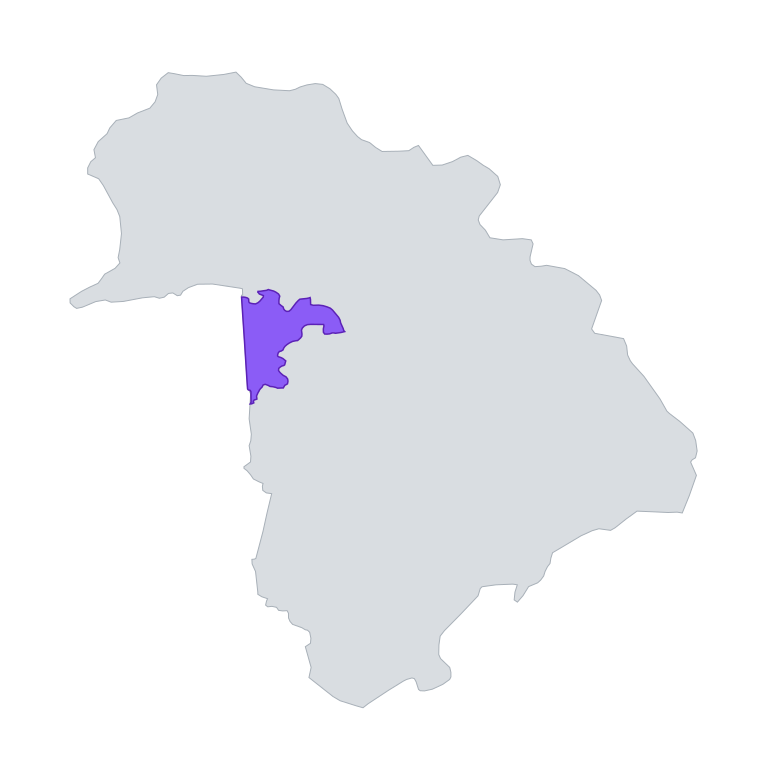 Sissili highlighted on a map of Burkina Faso, rotated 87°
{"feature_id": "BFA-2820", "entity_name": "Sissili", "entity_type": "Province", "adm_level": 1, "iso_a3": "BFA", "parent_name": "Burkina Faso", "parent_adm1": "", "projection": "equal_earth", "projection_center": [-2.182, 11.448], "detail": "fine", "context": "in_parent", "style": "filled", "palette": "violet", "viewbox_px": 768, "rotation_deg": 87, "n_neighbors": 0, "source": "natural_earth", "source_scale": "10m", "svg_char_len": 4972}
<svg xmlns="http://www.w3.org/2000/svg" viewBox="0 0 768 768"><g transform="rotate(87 384 384)"><path d="M585.5,520.9L564.5,522.1L556.8,525.1L552.2,525.1L552.1,522.6L551.5,521.1L525.0,512.6L506.5,507.5L487.6,501.9L486.6,507.2L483.9,510.6L479.8,510.8L477.0,510.0L475.1,514.0L472.0,519.4L467.7,522.0L463.4,525.3L461.0,528.2L459.3,528.2L454.9,521.4L449.2,520.7L438.5,521.9L433.7,520.0L427.2,519.1L411.7,520.5L386.9,517.7L382.8,519.2L381.8,520.5L357.2,520.8L330.2,521.1L307.7,521.4L287.9,521.7L287.9,520.5L281.5,520.4L280.8,522.7L275.2,550.0L274.6,564.9L277.5,574.2L280.9,580.0L284.6,582.5L285.0,585.8L282.0,590.1L282.3,594.5L285.8,599.0L286.6,603.8L284.8,608.8L285.3,620.8L287.9,639.9L288.0,652.2L285.5,657.9L286.6,667.5L291.5,681.2L292.4,687.0L290.6,689.6L286.6,693.2L282.5,693.1L277.7,684.8L275.6,681.1L271.8,672.7L268.5,664.3L264.1,660.6L259.7,657.2L254.4,646.5L249.3,641.4L243.9,642.9L236.0,640.9L220.1,638.3L203.0,639.1L195.9,641.5L188.9,645.4L171.1,653.9L164.1,658.2L158.8,668.9L152.7,668.6L146.7,665.2L142.9,660.3L134.8,661.4L127.0,656.7L119.5,647.4L113.9,644.4L106.8,637.6L104.9,624.8L100.4,615.9L96.3,603.4L90.2,597.8L83.1,594.8L73.3,595.5L66.9,590.5L61.8,583.2L63.2,576.9L65.5,567.9L65.8,559.3L67.4,545.3L66.5,527.8L64.8,515.5L70.2,510.5L76.5,505.9L80.4,497.6L84.5,479.0L86.2,462.9L85.0,457.0L83.0,452.3L81.3,445.3L80.4,436.9L81.6,429.5L86.3,422.6L92.3,416.9L96.5,414.2L107.6,411.4L121.6,407.1L129.6,402.3L135.5,397.5L138.8,393.7L142.1,385.8L147.5,379.8L151.7,373.7L152.3,356.7L152.3,347.0L149.2,341.7L147.6,337.1L168.2,323.8L168.4,314.4L165.5,304.0L161.5,295.5L160.1,288.3L165.8,279.7L170.9,273.3L174.5,267.8L182.7,259.5L191.1,257.4L198.7,260.5L221.2,280.1L225.1,281.3L229.8,279.8L235.7,274.7L243.5,270.6L246.3,257.5L246.1,238.2L247.8,229.4L251.9,227.8L264.8,231.5L268.2,231.7L272.0,230.5L274.7,227.1L274.6,220.9L274.0,215.4L278.2,197.5L286.0,184.1L301.5,167.4L306.4,164.0L312.0,162.3L339.9,173.8L344.4,170.9L351.2,142.4L358.8,139.7L367.8,139.2L373.7,136.8L376.8,134.8L390.0,124.0L413.3,109.2L425.9,102.9L428.4,100.5L437.3,90.1L449.2,78.1L456.8,75.7L467.3,74.8L474.0,76.8L475.8,80.2L478.0,81.9L491.6,76.8L511.3,84.9L528.4,92.9L527.3,98.0L527.2,106.9L525.8,121.0L524.2,138.0L531.3,149.0L539.7,160.8L542.0,165.4L539.8,177.0L541.4,183.8L545.9,195.2L553.5,209.6L561.3,224.5L566.7,226.5L571.9,227.6L575.0,230.3L579.5,232.9L584.1,234.6L588.0,237.8L590.6,241.0L593.9,250.2L602.7,256.3L608.8,262.2L606.4,265.3L598.7,264.1L591.5,261.4L590.6,265.8L590.4,282.7L591.6,296.7L593.3,298.6L600.5,301.2L617.8,319.4L633.5,336.6L638.7,341.1L647.4,342.8L657.0,343.5L661.2,341.9L670.5,333.2L675.4,332.3L680.0,332.5L682.5,333.9L687.0,341.0L691.3,351.7L692.6,359.6L692.2,363.9L690.8,365.5L683.1,367.5L679.8,369.1L679.0,371.5L680.2,376.8L681.7,380.2L690.2,395.7L702.4,416.5L706.2,421.9L704.1,428.1L698.0,444.4L693.5,451.2L673.2,474.3L663.2,471.6L642.2,476.3L639.1,471.0L634.2,470.3L628.1,471.2L625.9,473.2L625.3,475.5L623.1,478.7L619.3,487.8L616.3,490.2L612.6,491.6L608.0,491.4L605.3,492.6L605.3,497.1L604.5,501.1L601.4,503.0L600.2,507.5L600.4,511.8L598.6,513.8L594.7,512.7L592.3,511.5L590.1,517.1L587.4,521.0L585.5,520.9Z" fill="#d9dde1" stroke="#a8b0b8" stroke-width="1"/><path d="M396.9,518.7L396.1,518.2L395.1,517.7L384.8,517.3L383.4,517.9L382.8,519.8L381.8,520.5L369.2,520.7L351.3,520.9L333.0,521.1L313.3,521.4L297.4,521.6L289.8,521.7L289.8,520.6L289.9,519.3L290.3,517.5L291.0,515.8L292.1,514.7L294.8,514.7L295.9,514.1L296.5,512.5L297.0,510.4L297.3,508.1L296.3,505.7L294.8,503.7L290.9,500.0L289.4,499.8L287.6,503.8L286.6,504.4L285.7,505.2L284.9,505.0L284.9,502.8L284.3,496.3L283.6,494.6L284.0,493.6L285.4,489.3L286.6,487.2L288.6,484.6L290.8,483.5L293.0,484.2L295.4,484.6L298.3,484.7L300.2,482.7L301.8,480.7L303.9,480.2L305.3,479.2L306.4,477.5L306.4,475.1L304.9,473.1L298.4,467.6L296.1,465.2L294.9,463.6L294.5,456.5L294.1,454.1L293.8,453.3L295.5,453.0L300.8,453.1L301.7,450.5L301.8,445.1L302.6,440.7L304.0,436.8L305.5,433.6L307.5,431.5L315.1,425.8L318.0,424.5L320.7,424.1L326.4,421.9L328.5,421.4L329.6,420.5L330.3,424.1L330.8,429.9L330.4,431.3L330.3,433.1L331.1,435.7L331.2,438.2L331.0,440.6L329.2,441.8L325.8,441.7L322.8,440.9L321.4,441.2L320.6,454.0L320.7,457.4L321.8,460.4L323.8,462.6L325.9,463.6L329.8,463.3L332.0,463.6L333.6,464.9L335.1,466.7L336.1,468.0L336.1,468.6L336.2,470.0L336.7,473.1L338.0,476.2L339.6,478.9L341.2,480.9L342.8,482.2L344.7,483.1L345.7,484.9L346.1,486.8L347.4,488.0L349.0,488.6L350.4,488.8L351.2,488.1L352.2,485.5L353.3,483.6L355.8,480.9L359.7,482.2L360.3,483.2L360.7,485.0L361.5,486.5L362.9,488.3L365.0,488.6L366.5,487.7L367.8,486.6L370.1,484.2L371.7,481.5L373.9,480.0L375.4,479.8L376.6,479.8L378.8,480.4L379.6,481.9L380.1,483.1L382.7,484.8L382.6,486.0L382.6,490.5L381.8,492.1L380.9,495.1L380.5,497.9L379.3,499.8L378.1,502.6L378.6,504.7L380.7,505.9L382.2,507.6L383.5,508.7L384.7,509.3L385.8,510.1L389.3,511.9L392.4,511.7L392.8,512.8L393.1,514.4L394.4,515.4L396.0,515.0L396.9,517.2L396.9,518.7Z" fill="#8b5cf6" stroke="#5b21b6" stroke-width="1.5"/></g></svg>